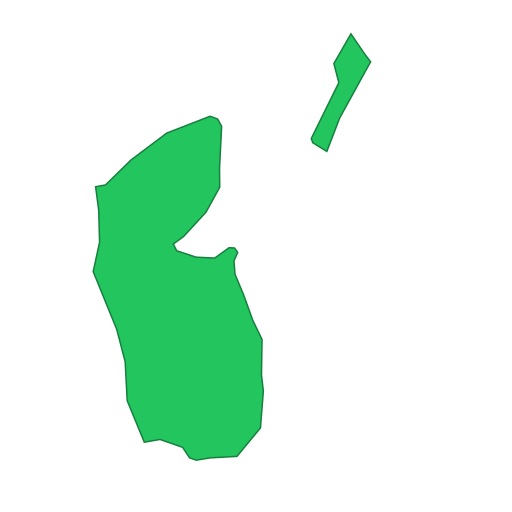 outline of Palestine, rotated 164°
{"feature_id": "PSE", "entity_name": "Palestine", "entity_type": "country or territory", "adm_level": 0, "iso_a3": "PSE", "parent_name": "Asia", "parent_adm1": "", "projection": "robinson", "projection_center": [35.031, 31.871], "detail": "fine", "context": "isolated", "style": "filled", "palette": "green", "viewbox_px": 512, "rotation_deg": 164, "n_neighbors": 0, "source": "natural_earth", "source_scale": "50m", "svg_char_len": 764}
<svg xmlns="http://www.w3.org/2000/svg" viewBox="0 0 512 512"><g transform="rotate(164 256 256)"><path d="M414.7,107.8L419.7,152.4L410.9,190.5L410.1,223.9L416.8,285.9L402.6,312.3L394.6,343.3L391.1,366.8L381.1,365.8L349.6,382.8L307.8,398.8L261.6,403.0L255.1,398.2L253.3,390.1L266.8,350.6L271.9,332.1L291.9,312.0L320.2,294.7L332.2,290.3L330.8,282.9L313.9,271.4L296.3,265.4L279.6,271.4L274.4,269.6L272.6,264.5L278.5,257.4L281.2,244.2L278.6,222.0L276.8,195.0L273.2,174.1L283.5,140.2L286.2,124.0L299.1,89.5L329.6,68.6L355.8,74.6L369.7,76.2L375.5,80.3L379.3,92.3L398.8,106.1L414.7,107.8ZM159.1,337.0L170.2,349.2L170.5,353.7L128.6,399.8L128.1,419.5L103.5,443.4L95.7,419.7L92.3,411.1L137.5,365.6L159.1,337.0Z" fill="#22c55e" stroke="#15803d" stroke-width="1.5"/></g></svg>